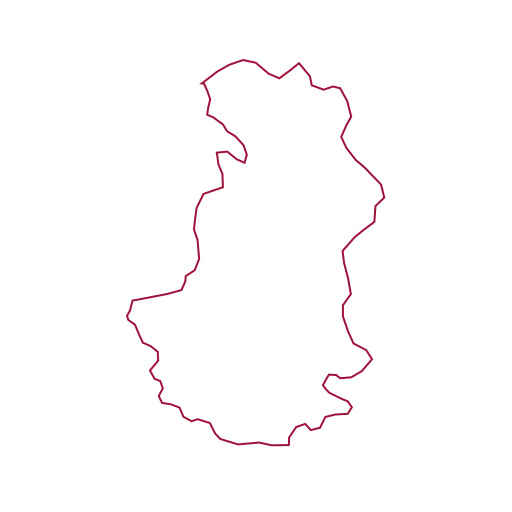 outline of Gimcheon-si, North Gyeongsang, South Korea, rotated 161°
{"feature_id": "91817680B51485783996699", "entity_name": "Gimcheon-si", "entity_type": "district", "adm_level": 2, "iso_a3": "KOR", "parent_name": "South Korea", "parent_adm1": "North Gyeongsang", "projection": "equal_earth", "projection_center": [128.084, 36.038], "detail": "fine", "context": "isolated", "style": "outline", "palette": "rose", "viewbox_px": 512, "rotation_deg": 161, "n_neighbors": 0, "source": "geoboundaries", "source_scale": "gbopen_adm2", "svg_char_len": 1589}
<svg xmlns="http://www.w3.org/2000/svg" viewBox="0 0 512 512"><g transform="rotate(161 256 256)"><path d="M220.7,76.9L214.6,81.8L216.6,88.8L221.6,93.1L231.2,102.8L233.2,107.1L234.8,112.0L230.2,116.3L225.7,120.1L219.1,117.4L216.1,113.0L205.5,110.3L193.5,112.7L179.9,120.6L182.4,131.1L192.3,141.6L193.5,154.8L193.5,170.6L189.8,181.2L178.7,189.1L176.2,204.9L175.0,220.7L172.5,232.6L156.4,241.8L145.3,245.8L133.0,249.7L126.8,264.3L115.7,269.5L115.4,272.4L114.5,282.8L119.4,293.3L124.3,303.9L130.5,314.5L135.4,329.0L136.6,340.9L128.0,350.2L120.6,356.8L119.4,371.9L119.3,372.7L121.8,387.2L128.0,391.2L137.8,391.2L147.7,399.2L146.5,408.4L152.6,424.3L163.7,420.3L176.1,416.4L184.7,424.3L193.4,438.9L204.5,445.5L219.3,445.5L232.9,442.9L251.0,436.8L249.1,436.0L248.3,427.6L248.3,419.1L253.1,411.4L256.2,405.5L251.5,401.3L244.4,391.1L242.8,383.5L236.5,375.8L231.7,364.8L231.7,354.7L236.5,347.9L242.8,353.8L249.1,364.0L259.4,366.5L261.7,354.7L261.0,344.5L264.9,331.8L275.2,331.8L285.4,331.8L296.5,320.8L301.2,311.5L306.0,301.4L306.0,290.4L310.7,271.8L318.6,262.5L328.9,259.9L331.2,254.9L337.5,248.1L351.7,248.9L363.6,250.6L387.3,254.0L392.8,245.6L397.5,241.3L397.5,237.1L392.8,230.4L392.0,218.5L391.2,210.9L384.9,205.0L380.1,197.4L382.5,189.0L393.5,182.3L391.9,173.0L387.2,168.8L387.2,161.2L393.5,155.3L392.7,147.7L384.8,143.5L377.7,137.6L376.9,127.5L370.6,120.7L364.3,120.7L354.0,113.1L352.4,101.4L349.3,94.6L334.3,83.7L313.8,78.6L302.7,71.9L286.5,66.5L283.8,73.6L273.6,81.2L264.1,81.2L260.9,73.6L251.5,72.7L242.8,81.2L232.6,80.3L220.7,76.9Z" fill="none" stroke="#9f1239" stroke-width="2"/></g></svg>